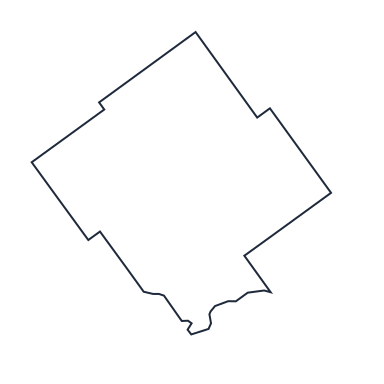 the district of Dunn, North Dakota, United States of America, rotated 144°
{"feature_id": "52423323B13029471752961", "entity_name": "Dunn", "entity_type": "district", "adm_level": 2, "iso_a3": "USA", "parent_name": "United States of America", "parent_adm1": "North Dakota", "projection": "equal_earth", "projection_center": [-102.465, 47.402], "detail": "fine", "context": "isolated", "style": "outline", "palette": "slate", "viewbox_px": 384, "rotation_deg": 144, "n_neighbors": 0, "source": "geoboundaries", "source_scale": "gbopen_adm2", "svg_char_len": 554}
<svg xmlns="http://www.w3.org/2000/svg" viewBox="0 0 384 384"><g transform="rotate(144 192 192)"><path d="M304.2,310.3L304.2,266.2L304.1,214.1L289.7,214.1L289.6,168.2L289.7,139.7L283.5,132.5L278.7,129.0L275.6,124.7L276.1,93.7L270.9,90.2L269.5,86.0L276.5,83.2L276.3,77.2L259.1,71.5L253.8,74.6L249.8,82.8L247.3,84.4L240.4,86.2L226.9,82.4L220.8,77.8L206.1,77.8L191.5,69.9L187.3,64.7L187.1,109.7L154.0,109.6L80.0,109.6L79.8,207.3L79.8,213.9L95.5,213.9L95.1,319.3L214.5,319.1L214.5,310.3L304.2,310.3Z" fill="none" stroke="#1e293b" stroke-width="2"/></g></svg>